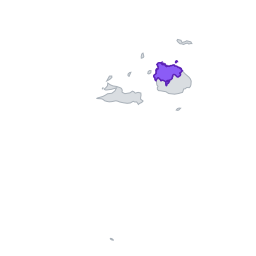 where Central sits in Fiji, rotated 209°
{"feature_id": "FJI-2617", "entity_name": "Central", "entity_type": "Division", "adm_level": 1, "iso_a3": "FJI", "parent_name": "Fiji", "parent_adm1": "", "projection": "robinson", "projection_center": [178.241, -17.983], "detail": "fine", "context": "in_parent", "style": "filled", "palette": "violet", "viewbox_px": 256, "rotation_deg": 209, "n_neighbors": 0, "source": "natural_earth", "source_scale": "10m", "svg_char_len": 5435}
<svg xmlns="http://www.w3.org/2000/svg" viewBox="0 0 256 256"><g transform="rotate(209 128 128)"><path d="M121.9,177.4L121.9,178.8L122.7,179.4L123.5,179.5L125.5,182.2L128.6,184.5L130.5,186.2L130.6,187.7L130.0,189.3L130.8,192.2L131.2,195.2L132.6,199.8L130.7,200.7L127.6,200.8L126.9,201.7L125.9,201.2L123.3,201.6L120.9,203.1L118.6,205.2L115.9,205.2L113.0,205.7L110.0,205.4L107.9,204.2L104.1,203.0L99.2,202.0L97.2,201.1L95.5,199.7L93.9,196.3L93.6,194.6L93.9,193.0L95.3,192.4L96.5,191.6L96.7,190.5L97.2,189.7L97.9,189.5L98.3,189.0L97.8,187.2L97.6,185.6L100.5,182.7L103.6,180.2L109.1,177.9L112.5,178.1L117.7,176.3L119.4,175.5L121.0,176.0L121.9,177.4ZM169.5,139.2L165.3,143.4L163.8,145.6L162.5,148.0L158.9,150.6L157.4,154.1L157.5,157.6L161.1,153.9L165.1,150.9L166.3,150.3L167.5,150.4L167.4,151.4L166.9,152.4L166.4,155.0L167.5,157.5L164.5,157.2L161.6,157.5L158.1,158.8L154.7,159.4L153.4,159.5L152.2,159.0L151.4,158.3L150.7,156.6L150.1,156.4L147.4,156.5L143.3,159.7L142.0,162.4L140.4,162.5L138.6,162.0L136.4,164.1L133.7,164.8L132.5,163.0L131.8,160.9L130.9,159.3L127.9,158.9L128.4,156.9L129.1,156.1L129.9,154.9L130.3,153.6L131.7,154.4L133.1,155.0L134.7,154.0L136.4,153.9L138.1,151.0L140.7,149.2L144.3,147.8L148.0,146.7L149.9,146.5L151.8,145.9L155.0,143.2L157.1,141.8L159.4,141.0L161.6,140.5L163.6,140.9L165.3,140.7L169.5,138.7L169.5,139.2ZM127.6,228.2L127.6,229.5L124.1,230.4L122.9,229.3L122.1,229.1L120.0,231.1L119.4,231.9L119.2,232.5L118.7,232.8L114.8,233.8L113.1,232.8L114.2,232.2L115.6,230.9L117.1,231.1L118.5,229.9L119.9,228.0L122.0,227.6L123.4,226.9L125.8,227.4L127.6,228.2ZM169.4,164.4L167.4,165.6L166.6,164.4L167.5,161.7L169.4,158.8L169.4,161.1L169.4,164.4ZM151.4,200.5L151.2,200.8L148.8,198.2L148.8,197.2L149.3,196.4L150.2,195.5L151.1,196.9L151.8,199.3L151.4,200.5ZM137.0,188.7L135.6,189.3L134.8,187.3L135.9,185.4L137.1,185.2L137.7,187.2L137.0,188.7ZM153.5,177.2L152.5,178.1L152.1,173.7L153.0,173.7L153.7,174.2L154.1,175.3L153.5,177.2ZM93.0,170.2L91.6,170.8L92.3,168.3L93.1,167.5L93.7,167.3L94.5,167.1L94.2,168.9L93.0,170.2ZM89.7,23.1L88.6,23.4L86.9,23.2L86.5,22.7L87.1,22.5L88.2,22.2L89.6,22.4L89.9,22.7L89.7,23.1ZM169.5,151.0L169.1,151.0L169.0,150.4L169.5,149.4L169.5,151.0Z" fill="#d9dde1" stroke="#a8b0b8" stroke-width="1"/><path d="M126.5,183.0L127.0,183.0L127.4,183.1L127.9,183.5L128.6,184.6L128.8,184.9L129.4,184.9L130.0,185.2L130.5,185.6L130.8,186.2L130.8,187.0L130.5,187.6L130.2,188.1L130.0,188.7L130.0,189.0L129.9,189.2L129.8,189.5L129.9,189.8L130.2,190.0L130.7,190.4L130.8,190.5L130.8,190.9L130.7,191.2L130.7,191.6L131.0,191.8L131.3,191.7L131.5,191.8L131.5,192.0L131.2,192.2L131.5,192.4L131.7,192.6L131.7,193.0L131.5,193.3L131.4,193.3L131.2,193.1L131.2,193.3L131.4,193.8L130.5,194.0L130.6,194.9L131.1,195.9L131.5,196.4L132.0,196.4L132.2,196.6L132.4,196.9L132.7,197.2L132.8,197.4L132.8,197.6L133.1,197.7L133.3,197.6L133.5,197.4L133.6,197.2L133.8,197.0L133.7,197.3L133.5,197.7L133.4,197.9L133.4,198.4L133.4,198.6L133.3,199.1L133.1,199.5L132.7,199.9L132.5,200.1L131.1,200.8L130.4,201.6L130.4,200.9L129.6,201.3L129.3,201.4L129.6,200.9L129.6,200.7L129.5,200.4L129.4,200.4L129.2,200.4L129.0,200.2L128.7,200.1L127.9,200.6L127.6,200.7L127.6,201.4L127.1,201.8L126.5,202.0L126.3,201.9L126.3,201.5L126.3,201.3L126.3,201.2L125.8,200.7L125.6,200.6L125.3,200.5L124.9,200.5L125.0,200.6L125.0,201.0L124.8,201.2L124.6,201.3L124.4,201.4L124.3,201.1L124.1,201.0L124.0,200.9L123.8,201.0L123.5,201.1L123.3,201.2L123.1,201.3L122.9,201.5L122.7,201.7L122.4,201.8L122.0,201.8L121.8,201.9L121.7,202.0L121.4,202.4L121.3,202.9L121.1,203.1L120.9,203.3L120.3,203.5L120.1,203.7L119.3,204.7L118.8,205.2L118.3,205.3L118.1,205.3L117.9,205.5L117.3,204.9L115.3,205.7L114.4,205.5L113.9,205.5L113.8,205.4L113.6,205.3L113.4,205.5L113.1,205.7L112.7,205.8L112.4,205.6L112.0,205.5L111.6,205.8L111.3,205.9L111.1,205.4L110.8,205.3L110.6,205.5L110.3,205.7L110.1,205.6L109.6,205.1L109.5,204.9L109.4,204.7L108.2,204.4L108.4,203.9L108.5,203.5L108.6,202.7L108.8,202.2L109.4,201.2L109.3,200.9L109.2,200.8L108.5,200.8L108.3,200.7L108.2,200.7L108.0,200.3L107.8,199.7L107.8,199.4L107.8,199.1L107.9,198.9L108.3,198.3L108.4,198.0L108.6,197.3L108.8,197.0L109.1,196.8L109.6,196.6L109.9,196.6L110.3,196.7L112.4,197.3L112.7,197.3L113.0,197.3L113.6,197.1L113.9,197.0L114.1,196.7L114.4,195.8L114.4,195.6L114.3,195.4L114.1,195.2L113.8,194.8L113.8,194.6L113.8,194.3L114.0,193.9L113.9,193.6L113.7,193.4L113.5,193.2L113.4,192.9L113.4,192.7L113.5,192.3L113.7,192.0L113.8,191.8L113.8,191.4L113.9,191.2L115.2,189.6L115.8,189.1L116.3,188.8L116.7,188.4L116.9,188.1L116.9,187.8L116.9,187.6L116.8,187.4L116.6,187.4L116.4,187.4L116.2,187.5L115.9,187.7L115.7,188.0L114.8,189.0L114.7,189.1L114.4,189.1L114.3,188.9L114.4,187.1L114.4,186.8L114.6,186.5L115.0,185.8L115.1,185.5L115.1,185.2L115.1,184.9L114.9,184.3L114.8,184.0L114.9,183.7L115.0,183.6L115.3,183.7L115.6,183.9L116.2,184.7L116.9,185.9L117.1,186.2L117.3,186.4L117.6,186.6L118.0,186.8L118.5,186.8L120.1,186.8L120.9,186.5L121.4,186.4L121.7,186.1L121.8,185.9L121.8,185.7L121.9,185.4L122.0,185.3L122.4,185.4L123.1,186.0L123.3,186.1L123.6,186.1L124.1,186.1L124.4,186.1L124.6,186.2L124.8,186.4L125.4,186.6L125.7,186.7L126.0,186.6L126.1,186.4L126.3,186.1L126.5,184.7L126.6,183.3L126.5,183.0ZM117.6,209.0L117.7,208.4L118.0,208.3L118.3,208.6L118.5,209.2L118.4,209.9L118.1,210.3L117.7,210.4L117.2,210.1L117.4,210.0L117.5,209.9L117.4,209.6L117.5,209.5L117.5,209.3L117.5,209.2L117.6,209.0Z" fill="#8b5cf6" stroke="#5b21b6" stroke-width="1.5"/></g></svg>